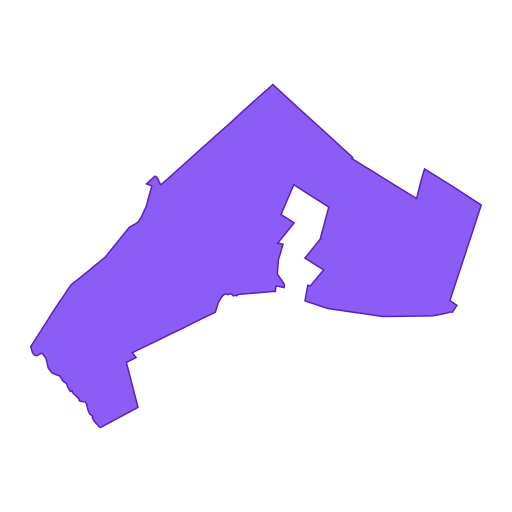 the district of Galbenu, Braila, Romania
{"feature_id": "2599482B76307381902120", "entity_name": "Galbenu", "entity_type": "district", "adm_level": 2, "iso_a3": "ROU", "parent_name": "Romania", "parent_adm1": "Braila", "projection": "equal_earth", "projection_center": [27.166, 45.19], "detail": "fine", "context": "isolated", "style": "filled", "palette": "violet", "viewbox_px": 512, "rotation_deg": 0, "n_neighbors": 0, "source": "geoboundaries", "source_scale": "gbopen_adm2", "svg_char_len": 3581}
<svg xmlns="http://www.w3.org/2000/svg" viewBox="0 0 512 512"><path d="M216.1,309.8L217.2,306.4L218.3,302.9L219.5,300.4L220.8,298.6L221.1,297.8L221.7,297.0L222.2,296.5L222.8,295.5L223.3,295.4L223.8,294.9L224.2,294.6L224.5,294.4L224.9,294.3L226.0,294.0L226.5,294.2L227.0,294.4L227.9,294.6L229.6,294.1L230.4,293.8L231.1,293.8L231.8,294.3L233.3,295.8L236.2,295.3L236.4,295.7L236.9,295.4L237.7,295.0L238.7,294.4L257.7,292.8L267.0,292.0L271.4,291.6L273.7,291.5L275.3,291.5L276.0,285.8L284.1,287.6L284.4,286.6L284.4,285.4L284.2,284.2L283.5,283.0L281.8,280.5L279.8,277.6L277.3,273.9L277.8,267.7L278.5,259.4L280.0,254.6L281.5,249.7L281.5,249.3L283.0,244.2L277.7,243.2L294.2,222.8L280.9,214.5L281.2,214.1L293.8,184.7L303.3,190.8L311.0,195.8L319.3,201.0L328.8,207.1L320.4,238.1L320.9,238.3L320.7,238.6L304.9,258.1L323.6,269.9L310.4,285.9L307.8,285.3L307.5,286.9L307.4,287.4L305.0,300.9L327.7,308.5L355.2,312.5L359.3,313.0L366.5,314.1L382.6,316.5L395.1,316.4L414.4,316.1L432.0,315.9L440.7,314.4L442.4,314.0L445.6,313.2L446.9,313.0L449.7,312.2L450.8,312.1L451.8,312.0L452.4,312.2L456.9,305.4L449.9,300.5L454.3,287.1L456.9,279.2L465.0,254.7L466.6,249.6L470.0,239.4L475.6,222.4L478.4,213.6L481.3,205.0L480.7,204.6L478.8,203.4L473.7,200.1L466.3,195.3L465.0,194.5L463.8,193.7L463.1,193.2L462.7,193.0L462.3,192.7L461.6,192.3L461.4,192.1L461.2,192.0L461.0,191.9L460.9,191.8L460.7,191.7L459.7,191.0L458.3,190.1L457.5,189.6L453.8,187.2L453.1,186.7L443.9,181.0L434.2,174.9L426.4,170.1L424.5,168.9L424.1,170.3L423.5,172.2L420.6,182.6L419.5,186.7L418.9,189.2L418.3,191.7L416.6,198.5L415.7,198.0L408.5,193.6L404.0,190.8L403.9,190.8L393.9,184.6L390.0,182.2L383.8,178.4L383.7,178.4L382.4,177.5L375.3,173.0L373.6,171.9L367.1,168.0L364.1,166.2L363.5,165.8L362.7,165.3L357.2,161.8L355.5,160.8L354.3,160.1L353.8,159.7L352.9,159.2L352.4,158.9L352.2,158.7L351.9,158.6L352.1,158.5L352.2,158.2L352.4,158.0L352.7,157.6L352.6,157.4L351.1,156.0L347.4,152.6L345.8,151.2L341.0,146.9L339.9,145.8L339.8,145.7L329.1,135.9L323.8,131.1L300.1,109.6L279.1,90.3L274.1,85.7L272.9,84.5L266.4,90.3L262.5,93.7L257.9,97.8L249.3,105.4L241.7,112.3L227.6,125.3L220.0,132.0L217.3,134.4L217.2,134.4L204.8,145.6L204.4,145.8L184.2,164.1L162.2,183.7L160.6,184.5L160.0,183.6L158.9,181.3L158.3,179.7L158.3,179.2L158.0,179.0L157.7,178.7L157.2,178.1L157.0,177.5L156.9,177.3L156.3,176.9L155.0,176.1L154.5,176.5L150.5,180.2L147.8,182.7L146.5,183.9L151.8,185.8L151.4,187.6L147.6,201.1L146.4,205.8L146.4,206.1L143.9,211.5L141.4,216.9L138.7,221.3L136.4,223.3L129.5,227.1L128.6,228.1L121.9,236.5L109.1,252.3L105.3,257.0L103.3,258.7L93.7,266.5L91.9,268.1L89.4,270.1L89.2,270.3L86.0,272.9L79.2,278.4L72.4,283.7L71.0,284.9L68.4,288.7L66.5,291.5L64.7,294.4L62.1,298.2L59.0,302.6L52.6,312.3L46.7,321.7L46.6,321.8L40.9,330.8L37.8,335.6L37.7,335.7L34.9,340.2L31.6,345.2L31.4,345.4L31.3,345.7L31.2,345.8L31.1,346.0L30.7,346.6L32.5,352.8L34.6,355.2L35.9,355.6L36.8,355.7L40.7,353.6L42.5,353.4L46.0,358.6L47.0,362.5L48.3,368.1L51.8,372.7L53.5,373.6L60.0,376.2L62.6,380.6L63.5,381.5L66.6,383.7L67.5,386.7L70.5,391.6L71.0,391.4L71.9,390.9L72.0,390.8L72.9,393.0L78.9,398.7L79.1,400.2L79.1,400.5L79.8,401.0L81.0,401.4L84.9,401.8L85.5,402.3L86.3,403.3L88.0,410.2L89.8,414.2L92.5,415.9L92.4,418.1L94.3,421.4L99.2,426.8L100.5,427.5L120.2,416.9L120.3,416.9L138.0,407.4L137.4,405.0L137.3,404.7L130.2,377.1L126.4,362.5L126.4,362.4L136.1,357.5L132.3,352.6L144.6,346.7L152.1,343.1L160.0,339.3L165.2,336.7L169.5,334.6L172.5,333.1L182.9,328.2L191.6,323.7L200.6,319.3L207.9,315.8L215.3,312.3L215.8,310.7L216.1,309.8Z" fill="#8b5cf6" stroke="#5b21b6" stroke-width="1.5"/></svg>